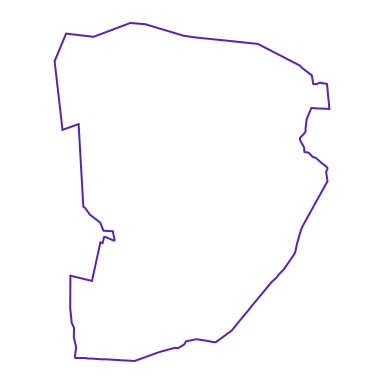 Ciudad Ixtepec, Oaxaca, Mexico
{"feature_id": "50627088B46254456023080", "entity_name": "Ciudad Ixtepec", "entity_type": "district", "adm_level": 2, "iso_a3": "MEX", "parent_name": "Mexico", "parent_adm1": "Oaxaca", "projection": "orthographic", "projection_center": [-95.069, 16.617], "detail": "fine", "context": "isolated", "style": "outline", "palette": "violet", "viewbox_px": 384, "rotation_deg": 0, "n_neighbors": 0, "source": "geoboundaries", "source_scale": "gbopen_adm2", "svg_char_len": 1898}
<svg xmlns="http://www.w3.org/2000/svg" viewBox="0 0 384 384"><path d="M257.8,43.9L194.9,37.4L183.5,35.7L155.8,27.4L145.2,24.2L130.2,23.0L93.6,36.8L66.1,33.6L54.6,61.2L62.5,129.8L78.6,124.1L83.2,204.5L83.2,205.0L83.4,206.8L85.0,207.8L89.9,214.7L100.2,222.6L103.4,230.7L106.7,230.9L112.8,231.2L114.6,239.9L114.0,240.7L107.9,238.0L104.9,236.8L103.9,237.3L103.8,238.1L102.6,243.0L102.3,242.9L100.4,242.3L92.2,279.9L92.0,280.5L91.9,280.9L70.4,275.7L70.2,307.9L70.2,308.1L71.7,322.9L74.0,327.6L74.1,327.9L73.8,337.3L74.3,339.3L76.2,347.3L74.9,356.3L75.0,356.4L75.4,358.0L75.5,358.0L83.7,358.0L84.1,357.9L88.8,358.6L92.5,358.6L102.5,359.4L103.5,359.2L120.6,360.2L121.6,360.3L126.8,360.5L134.6,361.0L157.1,352.8L157.3,352.8L159.9,351.9L164.2,350.7L175.1,347.8L177.9,348.2L184.2,344.5L186.0,341.4L196.3,339.2L206.9,340.8L207.5,340.9L210.4,341.5L210.6,341.6L212.0,341.9L215.8,342.2L231.7,330.5L236.7,324.4L237.1,323.9L241.4,318.6L245.6,313.6L248.4,310.2L251.0,306.9L253.9,303.4L259.0,297.3L264.6,290.5L271.6,282.0L276.1,278.0L279.4,273.9L283.9,269.3L294.1,254.4L295.3,251.9L296.5,246.0L297.9,240.5L300.8,230.4L302.4,226.6L312.2,208.8L327.0,182.1L327.5,181.1L326.1,172.1L326.5,171.2L326.9,170.0L327.5,168.1L326.4,166.7L325.4,165.8L323.6,164.5L321.6,163.0L319.8,161.4L316.6,158.5L315.2,157.7L312.5,156.8L309.1,153.1L307.8,152.5L306.5,152.3L305.2,152.2L304.4,151.8L304.5,151.4L304.2,150.8L304.2,150.4L304.2,148.8L304.2,148.3L304.1,147.6L303.9,147.0L300.2,140.5L300.0,139.8L299.9,139.4L299.9,139.0L299.9,138.7L300.0,138.2L300.3,137.6L300.7,137.1L304.7,132.9L305.1,132.4L305.4,132.0L305.6,131.3L305.5,128.9L306.3,121.9L306.7,119.6L306.6,119.3L311.4,107.9L316.2,108.4L327.8,108.8L328.4,108.8L329.4,109.0L327.0,84.1L325.3,83.6L323.7,83.4L323.1,83.3L321.3,83.0L320.2,82.6L319.1,82.8L317.8,83.5L317.0,84.1L313.3,84.0L311.8,75.4L302.8,68.5L299.9,65.6L257.8,43.9Z" fill="none" stroke="#5b21b6" stroke-width="2"/></svg>